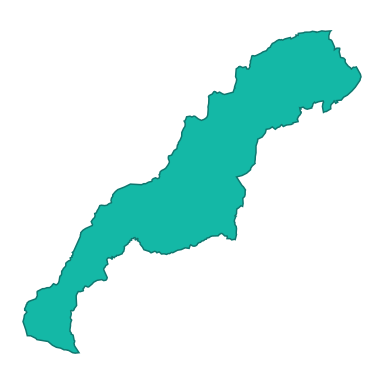 the district of Talmaciu, Sibiu, Romania
{"feature_id": "2599482B89024892263144", "entity_name": "Talmaciu", "entity_type": "district", "adm_level": 2, "iso_a3": "ROU", "parent_name": "Romania", "parent_adm1": "Sibiu", "projection": "mercator", "projection_center": [24.164, 45.604], "detail": "fine", "context": "isolated", "style": "filled", "palette": "teal", "viewbox_px": 384, "rotation_deg": 0, "n_neighbors": 0, "source": "geoboundaries", "source_scale": "gbopen_adm2", "svg_char_len": 5889}
<svg xmlns="http://www.w3.org/2000/svg" viewBox="0 0 384 384"><path d="M323.5,112.4L324.7,111.7L326.4,111.5L330.8,108.8L330.6,106.7L331.0,104.7L333.3,102.4L334.1,101.0L335.7,103.3L337.7,102.2L336.5,100.6L341.3,100.1L343.6,97.2L347.4,95.1L352.0,90.9L355.3,87.2L359.6,80.9L360.2,79.8L360.1,79.1L361.0,76.9L360.4,74.3L356.3,66.9L354.7,67.4L353.3,67.2L351.4,69.0L350.5,67.8L348.2,66.1L345.8,63.1L345.1,61.6L345.2,59.7L343.7,58.1L340.6,57.4L339.2,51.7L339.8,48.9L339.6,48.2L336.9,48.1L334.4,49.8L334.6,47.2L332.2,41.6L331.4,40.2L328.9,39.1L328.8,35.7L330.0,31.8L330.8,30.9L325.3,31.3L321.8,30.9L316.9,32.3L316.6,32.0L316.2,32.3L315.2,31.7L312.4,31.3L310.0,32.1L304.8,32.2L303.5,32.8L298.3,33.4L298.1,35.4L296.0,35.0L296.0,36.5L291.0,38.9L290.4,37.5L285.0,38.9L282.6,40.1L281.2,39.6L280.6,40.0L279.2,39.6L277.1,40.6L274.3,42.6L272.3,43.5L270.5,46.4L270.4,47.1L268.2,48.2L266.4,50.7L262.9,51.9L261.0,53.2L256.2,55.5L254.4,56.0L252.8,55.6L251.8,56.0L251.1,59.4L250.3,61.1L250.5,61.4L250.4,63.2L249.7,65.3L250.1,66.5L248.8,68.8L248.2,69.1L246.8,68.8L246.3,67.2L245.5,66.8L242.8,67.6L240.0,66.4L238.7,66.8L238.7,67.2L236.2,68.9L235.6,76.7L236.5,78.7L236.7,80.0L236.3,81.2L236.3,82.3L235.9,82.9L234.5,87.1L234.5,87.6L235.0,88.0L234.3,88.6L233.1,92.2L224.5,94.5L222.6,93.9L219.6,92.1L217.0,93.2L215.7,91.9L214.4,91.5L213.7,91.9L212.3,94.0L209.1,95.6L208.5,96.7L208.9,98.5L208.7,103.5L208.0,106.9L208.2,109.0L207.8,114.7L207.3,116.4L206.5,117.6L204.4,119.2L201.4,120.4L198.4,119.0L195.1,116.4L193.9,116.1L191.9,117.0L190.0,116.2L186.6,116.8L185.9,119.0L184.8,121.1L184.2,121.1L184.3,121.6L185.0,122.6L185.2,124.2L185.0,126.4L183.6,128.5L181.8,132.4L181.7,136.3L180.2,139.9L178.4,142.6L178.2,144.3L177.4,145.1L176.9,148.7L174.1,150.5L171.6,155.1L168.6,156.0L168.3,157.2L168.4,159.1L169.3,160.9L169.3,162.6L168.0,165.0L165.9,168.0L164.5,169.1L161.5,170.6L160.1,172.0L159.7,174.3L159.2,174.5L159.6,176.6L159.2,177.9L157.6,178.7L155.5,177.8L153.2,178.7L152.1,179.7L152.0,180.9L151.7,181.4L148.4,182.2L145.7,183.7L143.8,183.7L141.5,184.7L130.4,184.1L124.5,187.0L117.8,189.6L115.4,191.6L112.8,194.7L112.7,196.5L111.5,198.1L111.0,200.4L111.5,202.3L111.4,202.7L108.8,203.8L107.0,205.2L104.7,205.6L101.3,205.2L99.8,205.6L98.5,208.7L97.2,210.6L97.0,211.4L95.9,213.2L94.7,213.5L95.1,215.8L94.6,217.5L93.1,218.9L91.2,221.6L92.5,224.6L92.3,225.5L85.6,228.5L82.9,230.3L80.8,232.6L80.8,233.7L80.4,234.7L80.3,236.5L73.5,251.6L72.3,252.4L73.0,253.3L72.6,255.5L71.7,256.0L71.9,257.3L70.2,257.9L70.6,259.7L70.2,260.4L68.5,260.9L66.2,262.7L65.8,263.5L65.8,265.5L65.5,266.4L63.4,268.5L62.8,269.8L61.7,271.2L61.6,274.2L60.8,275.7L60.1,276.0L59.7,277.2L59.1,281.2L58.3,283.2L56.7,284.7L55.9,284.8L53.6,283.7L52.7,284.5L51.7,286.0L49.7,287.6L47.0,287.7L44.5,288.6L42.5,288.7L37.4,291.3L37.1,291.9L37.3,295.8L35.8,298.8L28.8,301.4L27.0,303.1L26.9,304.2L26.3,304.7L25.9,306.3L24.6,309.0L24.9,309.8L24.8,310.3L25.5,310.3L26.8,312.2L24.4,315.1L23.9,318.4L23.0,321.6L25.9,330.1L27.3,335.7L30.8,335.8L35.8,338.3L36.9,339.6L48.1,341.5L52.4,345.2L56.4,347.3L60.6,348.1L64.0,349.8L65.9,349.8L68.8,350.5L72.7,352.7L75.2,353.1L79.0,352.7L74.5,345.8L74.0,343.2L74.6,341.9L74.7,340.8L74.1,340.2L73.2,335.5L72.9,334.9L71.2,334.1L71.3,333.2L69.9,331.1L70.1,330.8L69.9,329.8L70.5,325.9L70.5,323.8L71.0,321.6L71.6,320.4L71.5,319.7L70.8,319.3L70.5,318.2L70.4,317.0L70.9,315.9L71.3,313.8L70.7,310.9L71.6,310.4L72.8,310.8L73.5,310.3L74.1,309.7L74.1,308.9L76.6,305.5L76.2,297.7L76.2,295.7L76.7,294.3L78.3,291.5L80.2,291.7L83.2,290.8L83.4,290.3L83.0,289.0L84.1,287.7L84.8,286.3L85.8,286.1L87.8,287.0L88.7,286.9L92.1,284.0L93.7,282.2L97.2,280.3L101.8,279.6L103.7,280.6L105.9,280.2L106.9,278.9L107.2,277.5L103.9,270.2L103.7,269.2L104.0,268.2L104.9,267.3L105.9,265.4L107.7,264.4L107.8,263.7L107.3,262.4L107.3,261.1L106.6,260.0L106.8,259.4L108.3,257.7L110.6,258.0L112.0,259.1L112.3,258.8L111.9,257.1L112.1,256.6L114.2,257.7L115.2,256.5L116.4,256.2L116.7,255.4L118.3,255.4L122.2,253.7L122.6,252.5L123.7,251.4L124.4,248.3L124.3,246.5L127.9,243.9L128.5,242.6L129.7,241.9L129.9,240.5L131.5,240.3L131.3,239.1L131.6,238.6L133.2,238.6L133.9,237.7L135.0,237.6L135.2,238.1L135.1,239.6L135.4,239.9L136.1,239.7L137.1,238.5L137.7,238.5L137.9,238.9L137.6,240.8L138.5,241.1L140.1,242.6L140.2,244.3L142.5,247.1L143.9,249.7L149.5,251.5L150.7,252.7L151.5,252.7L154.6,251.3L155.8,251.6L156.9,252.8L158.8,252.0L159.5,252.1L161.4,254.0L164.1,253.8L166.7,254.4L167.9,253.6L169.7,253.6L171.3,252.4L172.8,252.7L177.6,250.2L181.2,249.6L185.2,247.8L189.1,248.4L190.1,245.5L190.7,244.8L193.0,246.1L194.9,246.1L196.2,245.5L197.2,244.6L197.7,243.5L199.1,242.6L200.5,242.3L201.7,241.1L203.6,240.6L205.0,239.4L206.3,239.2L207.2,237.9L208.9,237.7L210.6,236.5L212.3,236.0L218.2,235.8L219.1,234.7L221.0,233.4L222.3,233.6L224.7,235.9L227.1,236.1L227.3,237.1L227.0,238.6L230.2,238.7L231.7,239.9L234.4,239.3L235.2,239.6L236.5,234.5L236.2,233.3L236.5,228.7L236.2,226.5L234.8,224.4L235.0,223.9L234.6,222.9L234.9,222.4L234.3,221.6L234.5,219.8L235.5,217.3L235.4,216.7L236.0,216.2L235.0,215.8L236.5,213.8L236.6,210.2L237.1,208.7L238.5,208.0L241.0,205.7L242.6,206.4L243.1,203.5L242.8,198.3L244.6,196.5L245.1,194.7L245.2,190.4L245.5,190.0L243.4,186.8L242.0,185.5L236.5,176.9L242.1,175.5L246.6,173.2L250.5,169.8L250.7,168.3L252.2,166.0L255.1,163.4L254.8,162.4L255.2,159.6L255.3,156.6L256.0,152.8L256.0,146.0L257.6,141.1L257.7,139.2L262.2,137.0L265.4,132.7L266.2,129.3L269.6,128.7L272.3,126.9L275.3,129.3L277.6,127.5L279.7,126.8L280.8,125.3L281.7,124.7L283.3,126.5L286.6,125.0L291.1,124.5L293.0,123.6L293.0,122.8L298.1,121.6L297.7,119.8L297.2,119.2L298.6,116.2L299.6,115.4L301.1,113.0L301.2,112.1L300.6,112.1L300.5,111.7L299.7,107.9L300.9,108.5L300.7,107.7L303.1,107.1L305.0,108.5L307.2,109.2L311.7,108.0L311.5,107.3L312.3,106.7L313.1,103.7L314.5,102.2L315.2,103.0L318.7,101.7L323.1,100.9L323.6,102.2L323.0,103.1L322.4,106.5L323.5,112.4Z" fill="#14b8a6" stroke="#0f766e" stroke-width="1.5"/></svg>